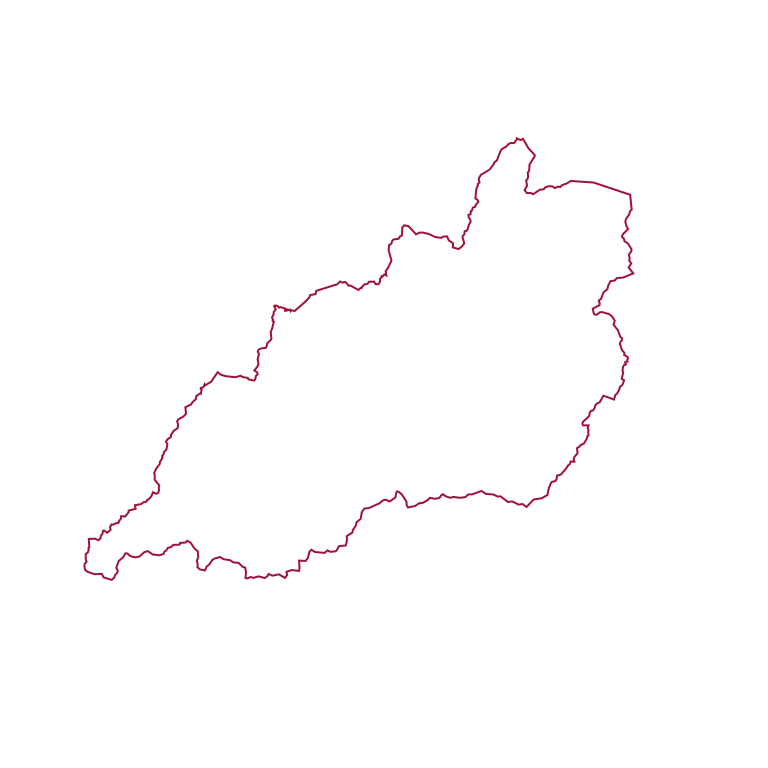 Queenstown-Lakes District, Otago, New Zealand (Mercator projection), rotated 200°
{"feature_id": "76426892B58919482239418", "entity_name": "Queenstown-Lakes District", "entity_type": "district", "adm_level": 2, "iso_a3": "NZL", "parent_name": "New Zealand", "parent_adm1": "Otago", "projection": "mercator", "projection_center": [168.951, -44.661], "detail": "fine", "context": "isolated", "style": "outline", "palette": "rose", "viewbox_px": 768, "rotation_deg": 200, "n_neighbors": 0, "source": "geoboundaries", "source_scale": "gbopen_adm2", "svg_char_len": 6166}
<svg xmlns="http://www.w3.org/2000/svg" viewBox="0 0 768 768"><g transform="rotate(200 384 384)"><path d="M223.5,317.5L216.2,316.7L212.7,318.6L208.0,317.2L203.8,326.7L196.7,330.6L192.5,335.5L193.5,342.6L193.2,348.4L192.6,349.6L189.8,351.3L189.3,353.8L190.0,357.2L186.9,359.3L183.9,367.0L183.4,369.9L182.0,372.2L182.1,375.0L178.6,376.1L179.7,377.3L180.3,379.9L178.5,385.3L180.7,389.7L178.8,392.2L178.6,393.6L175.8,396.4L174.7,402.3L175.0,404.7L174.2,405.7L175.8,408.7L175.9,410.5L177.6,412.3L177.7,415.1L182.7,413.2L184.0,414.4L184.1,416.6L180.3,423.7L180.8,428.1L180.1,429.7L178.6,430.5L177.8,433.5L178.2,435.9L177.2,438.5L175.0,440.7L173.8,448.0L162.5,448.1L162.9,452.8L161.8,454.5L161.1,458.2L161.2,462.3L159.7,464.8L159.6,469.6L162.4,470.2L163.2,476.8L164.5,478.2L165.2,481.6L165.0,483.9L163.4,485.1L164.9,486.9L162.8,488.5L163.7,489.7L163.5,491.3L164.3,492.7L168.3,493.5L168.6,495.4L171.9,497.1L176.1,502.5L176.2,504.5L175.4,506.7L175.7,508.3L178.0,509.1L182.8,514.7L188.6,518.2L188.8,522.4L192.8,525.5L196.4,526.7L203.9,526.1L205.6,525.3L207.8,521.9L209.7,521.3L210.9,521.9L213.6,526.2L208.4,531.9L209.3,534.3L210.3,535.0L210.5,536.5L209.2,537.8L209.0,545.5L206.5,549.4L207.0,552.8L206.4,558.0L202.5,560.3L201.4,563.1L195.6,565.9L187.6,573.2L193.9,577.1L192.9,582.0L195.6,583.6L196.4,586.6L198.2,589.3L197.0,592.9L197.3,595.0L202.3,599.2L206.9,600.5L208.2,602.5L210.7,603.6L210.8,606.3L207.6,613.1L210.4,615.5L212.8,619.2L213.0,621.7L211.6,627.1L211.9,630.5L210.9,632.6L217.4,646.0L255.9,645.0L277.9,638.7L280.7,635.1L284.8,631.6L285.6,629.5L288.1,628.9L290.4,626.5L293.1,627.3L297.0,626.2L299.8,623.8L300.5,621.6L304.1,619.8L308.7,613.4L311.3,613.7L315.0,612.3L318.2,614.2L317.4,619.1L320.1,624.1L319.3,625.4L319.4,627.9L321.2,631.8L320.5,633.9L322.3,639.9L320.3,649.5L320.7,650.8L328.4,654.6L337.3,661.9L339.1,659.9L343.2,660.3L342.9,659.2L344.2,654.8L347.0,654.0L349.1,652.1L350.3,648.9L353.4,645.3L354.2,643.0L354.4,632.7L356.1,629.9L356.2,627.6L358.2,621.4L364.5,613.7L365.1,610.5L365.1,608.9L363.2,606.1L364.3,603.9L363.7,602.5L364.0,598.8L361.6,589.7L359.1,589.0L357.6,587.5L359.1,583.4L358.8,581.9L360.9,580.0L360.7,577.0L361.6,576.1L360.7,573.1L362.5,571.8L361.4,569.6L358.9,567.8L358.1,566.1L358.7,562.9L358.3,558.1L359.0,556.0L360.4,555.2L359.7,551.9L360.6,550.2L360.5,548.9L356.7,543.7L357.7,540.1L360.1,536.3L366.0,535.9L367.1,539.7L372.2,541.1L375.3,544.3L378.7,542.8L380.3,540.9L386.1,539.6L393.3,540.3L399.6,539.5L402.6,538.3L405.1,535.6L415.0,540.7L419.3,540.0L420.3,537.3L417.9,529.7L419.4,528.2L420.1,525.4L424.4,523.1L425.2,521.5L425.1,518.2L426.7,516.5L425.4,511.3L419.2,502.5L420.0,494.2L421.0,490.5L418.9,486.8L421.2,487.1L422.1,484.8L423.1,484.5L422.6,483.7L423.7,481.5L422.7,478.8L423.5,475.7L426.1,475.0L428.4,476.8L433.0,475.0L433.7,472.6L436.5,470.8L437.8,468.0L437.8,466.6L438.7,466.3L440.2,463.6L448.9,465.0L451.0,464.3L454.4,466.4L456.1,466.4L457.5,465.0L460.3,465.4L462.1,461.7L479.5,448.4L479.1,445.0L483.8,442.4L483.7,440.2L485.9,434.9L492.9,422.1L496.5,421.5L496.7,420.6L497.7,421.8L501.8,418.8L502.6,420.0L501.6,421.0L507.2,421.0L508.8,419.9L510.9,421.0L513.4,420.4L513.8,419.5L511.3,417.2L512.3,413.9L511.6,412.0L512.0,408.2L510.5,406.7L510.2,405.2L508.9,405.0L508.1,398.1L508.3,394.3L505.4,388.3L505.5,386.5L507.7,382.2L507.2,379.6L507.6,377.3L510.9,375.9L513.5,373.6L513.7,371.1L511.8,369.6L511.2,364.0L508.8,360.0L509.0,356.7L510.5,352.4L507.2,351.6L506.0,349.9L507.1,347.9L506.6,344.5L507.2,342.8L508.1,342.6L513.0,342.0L514.1,343.1L519.2,342.2L521.7,342.7L525.8,339.6L535.5,337.2L540.1,336.9L544.4,338.1L547.1,327.2L551.8,321.3L552.4,322.1L552.6,319.8L553.9,317.8L554.7,317.7L554.7,316.8L553.4,316.1L552.8,312.4L553.3,312.6L556.2,308.5L555.7,305.2L557.7,301.5L558.3,298.9L562.7,294.2L559.8,288.3L561.6,284.5L565.3,280.3L565.6,278.2L563.6,275.5L562.8,272.0L565.6,268.1L566.8,263.1L566.0,261.4L568.6,258.0L569.1,255.2L566.9,253.3L566.1,247.8L567.4,245.0L567.2,242.4L567.9,240.3L566.9,238.8L567.9,234.1L567.4,232.1L569.2,226.3L569.5,221.6L568.5,220.5L566.7,215.5L560.5,211.9L560.2,209.3L559.1,207.5L559.1,204.2L560.6,203.0L564.0,203.3L564.3,198.7L565.6,195.3L566.9,194.1L566.9,192.3L569.7,190.5L571.1,188.1L576.6,184.9L574.7,181.7L580.7,177.7L580.1,176.1L582.0,170.9L585.8,169.9L585.1,167.6L586.3,164.3L585.9,162.8L588.5,161.3L590.2,159.3L592.1,158.8L592.5,156.1L591.1,153.4L593.2,149.5L597.0,150.6L597.9,149.8L597.3,147.2L598.2,144.4L597.6,141.9L599.0,139.5L602.7,139.8L608.4,137.4L605.1,129.8L605.6,128.8L604.8,127.3L604.7,124.4L606.2,122.1L604.0,116.7L602.7,115.2L603.6,113.2L603.5,110.9L601.3,107.1L598.2,106.1L590.7,106.3L584.2,109.1L581.5,106.4L572.9,106.8L571.3,109.6L571.3,112.7L570.1,115.5L570.2,117.3L572.7,119.6L572.7,127.1L569.9,131.9L569.1,136.4L567.0,137.0L564.4,135.7L561.1,135.6L558.5,136.1L554.9,138.2L551.7,144.0L548.8,146.2L543.1,144.7L536.5,146.2L533.1,148.9L533.0,151.5L531.7,152.9L531.2,155.9L528.3,158.1L526.9,160.8L521.6,162.9L521.0,163.9L521.3,164.9L516.3,167.1L515.3,169.4L511.3,168.7L506.2,164.8L501.7,163.0L499.3,157.7L499.5,154.0L497.4,151.0L496.8,148.1L493.5,146.8L488.4,147.6L488.2,151.9L486.6,154.3L485.2,159.7L484.0,161.6L479.0,165.3L474.7,164.5L468.4,165.8L464.7,164.8L459.6,166.2L454.3,163.9L451.7,164.0L449.3,160.0L447.8,154.3L445.8,154.6L443.4,157.0L440.3,157.2L436.2,160.3L429.7,160.9L428.0,163.2L427.5,165.9L423.2,165.8L417.6,169.2L410.7,167.9L409.7,171.4L411.4,174.1L407.1,177.6L399.9,179.3L400.4,181.9L403.4,189.0L397.2,190.9L396.1,194.3L396.6,201.3L395.5,203.4L391.4,202.5L382.0,205.0L380.3,208.3L377.0,208.0L372.5,210.1L371.6,211.3L370.8,216.3L364.7,219.2L365.3,224.1L366.9,228.4L362.9,233.7L363.3,236.2L362.1,241.2L362.5,244.9L359.8,249.2L361.0,255.9L359.9,260.2L355.9,262.2L352.6,265.3L347.4,270.4L344.8,274.7L342.6,275.9L338.9,275.5L337.8,276.4L334.5,281.5L335.3,286.0L335.0,287.5L333.3,287.7L329.5,286.3L322.7,281.2L321.1,277.7L319.2,276.2L313.2,279.9L310.2,283.9L306.5,285.9L303.4,289.7L302.0,292.7L296.8,293.6L293.0,295.8L292.1,299.1L291.0,300.5L287.5,299.6L282.9,299.7L280.2,301.6L273.5,303.1L268.8,305.6L267.1,309.0L263.5,310.4L255.9,316.8L250.5,315.6L243.2,317.6L238.6,317.1L236.1,318.3L227.2,315.5L223.5,317.5Z" fill="none" stroke="#9f1239" stroke-width="2"/></g></svg>